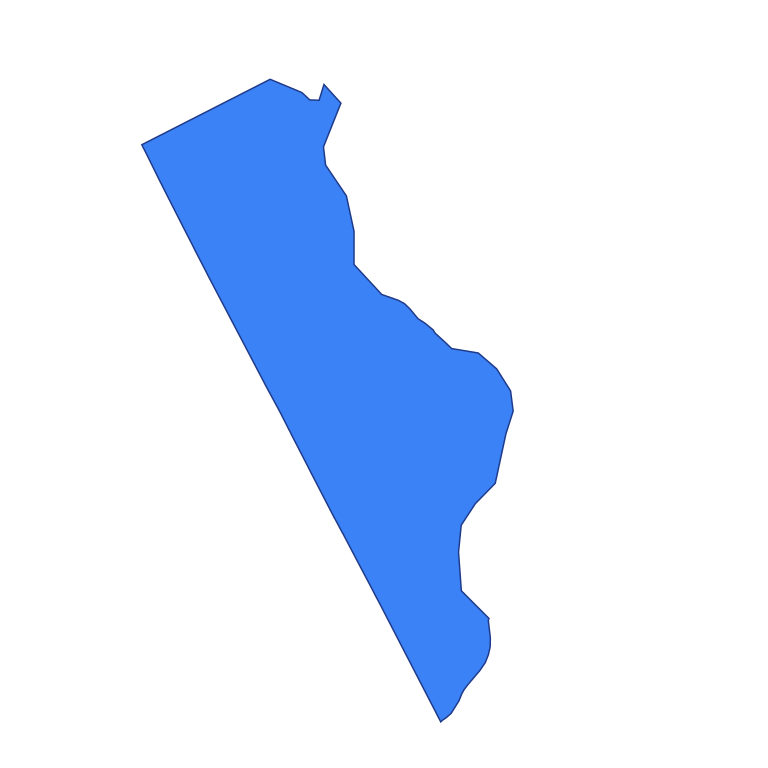 outline of Lauderdale, Alabama, United States of America, rotated 242°
{"feature_id": "52423323B76716649378452", "entity_name": "Lauderdale", "entity_type": "district", "adm_level": 2, "iso_a3": "USA", "parent_name": "United States of America", "parent_adm1": "Alabama", "projection": "robinson", "projection_center": [-87.729, 34.87], "detail": "fine", "context": "isolated", "style": "filled", "palette": "blue", "viewbox_px": 768, "rotation_deg": 242, "n_neighbors": 0, "source": "geoboundaries", "source_scale": "gbopen_adm2", "svg_char_len": 1179}
<svg xmlns="http://www.w3.org/2000/svg" viewBox="0 0 768 768"><g transform="rotate(242 384 384)"><path d="M127.7,366.6L165.1,355.2L200.6,370.9L223.1,385.9L235.5,408.5L244.1,435.6L282.7,468.2L299.4,485.3L318.4,492.5L344.4,490.6L367.1,481.8L383.5,460.4L392.3,457.5L404.6,453.1L407.5,452.8L408.4,452.9L418.7,448.6L425.6,444.7L437.9,442.2L445.1,439.9L451.0,436.1L464.1,424.0L503.6,413.6L532.8,429.2L567.8,439.1L604.7,435.2L621.8,441.9L652.2,477.8L676.6,471.6L665.0,459.9L669.7,451.8L679.9,448.3L706.5,426.5L709.0,282.5L705.1,282.4L700.3,282.3L696.0,282.2L670.2,281.4L651.1,281.0L618.3,280.4L611.7,280.3L597.4,280.1L590.7,279.9L573.6,279.7L570.9,279.7L566.3,279.6L560.7,279.5L450.0,278.9L437.6,278.8L412.0,279.0L407.2,279.0L390.6,278.7L388.1,278.6L387.0,278.7L382.3,278.5L349.9,278.1L344.2,278.0L340.3,277.9L289.0,277.3L288.0,277.4L287.9,277.4L275.4,277.4L272.0,277.4L271.9,277.5L239.8,277.3L209.3,277.2L201.8,277.1L191.9,277.1L59.0,275.5L59.6,277.5L60.4,283.5L60.9,285.2L61.7,288.7L69.1,301.5L74.0,307.3L76.5,311.2L79.2,317.0L86.0,334.1L90.6,342.8L96.0,349.1L100.3,352.8L102.3,354.5L109.9,358.7L126.3,365.1L127.7,366.6Z" fill="#3b82f6" stroke="#1e3a8a" stroke-width="1.5"/></g></svg>